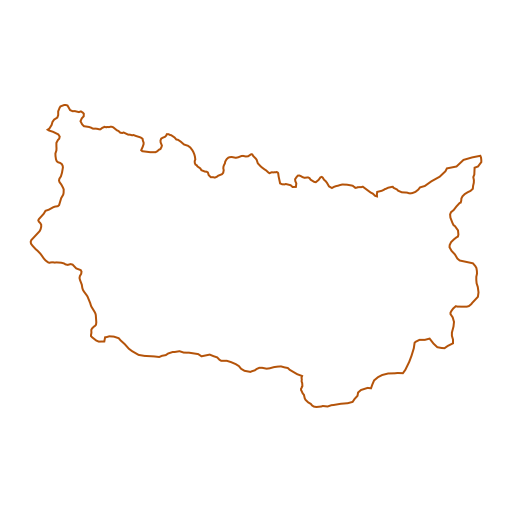 outline of Kurtoe, Lhuntshi, Bhutan
{"feature_id": "84629894B57016809532633", "entity_name": "Kurtoe", "entity_type": "district", "adm_level": 2, "iso_a3": "BTN", "parent_name": "Bhutan", "parent_adm1": "Lhuntshi", "projection": "robinson", "projection_center": [90.998, 27.926], "detail": "fine", "context": "isolated", "style": "outline", "palette": "amber", "viewbox_px": 512, "rotation_deg": 0, "n_neighbors": 0, "source": "geoboundaries", "source_scale": "gbopen_adm2", "svg_char_len": 5983}
<svg xmlns="http://www.w3.org/2000/svg" viewBox="0 0 512 512"><path d="M91.4,332.9L91.0,335.0L91.0,336.1L92.0,337.2L96.2,340.5L98.7,341.6L104.3,341.5L105.1,337.3L106.6,337.1L109.3,336.3L113.8,336.6L118.7,338.2L120.6,340.4L124.7,344.1L128.8,348.7L132.0,351.1L138.6,354.9L144.5,355.9L153.9,356.4L159.2,357.0L162.0,355.8L165.8,355.1L168.1,353.5L172.7,352.0L174.7,352.0L179.5,351.2L183.8,352.6L189.1,352.7L198.2,354.1L201.5,356.3L209.7,354.6L213.6,356.2L217.2,357.4L219.5,359.8L221.2,360.8L226.8,360.8L231.0,362.1L235.7,364.1L238.9,366.1L241.1,368.8L244.5,370.8L250.4,371.9L251.7,371.3L254.9,370.3L256.6,369.0L259.3,367.8L262.1,367.8L266.6,368.7L269.7,368.3L274.0,367.1L277.8,366.6L281.0,366.4L284.6,367.4L287.8,368.0L289.7,369.8L297.2,374.2L302.1,376.0L301.5,377.8L301.8,379.3L301.6,381.0L301.7,381.7L302.2,383.1L302.4,386.1L301.9,386.7L301.9,387.3L301.0,388.9L301.1,390.2L301.5,390.8L302.7,393.4L303.9,394.8L304.8,398.5L305.6,399.9L308.2,402.4L310.8,403.9L312.1,405.5L313.9,406.6L316.4,407.0L321.3,406.5L322.8,406.0L327.6,406.5L331.4,405.2L333.6,405.0L340.6,403.8L347.8,403.2L352.6,401.9L354.7,398.8L357.5,395.8L358.1,392.5L361.0,390.0L367.6,387.9L371.0,388.3L372.3,384.6L374.1,380.4L378.1,377.1L382.2,375.0L388.1,373.5L394.7,373.3L397.6,373.0L402.9,373.2L405.3,369.9L409.2,361.9L411.5,355.8L413.8,348.3L414.6,342.8L415.6,341.8L419.4,339.9L424.7,339.9L429.6,338.6L433.5,343.6L437.3,347.2L441.6,348.0L444.5,348.2L447.8,345.9L453.0,343.3L453.0,339.6L451.9,335.8L451.9,332.6L453.5,326.5L454.0,321.9L452.7,317.4L450.5,314.1L450.5,312.7L451.5,310.8L453.2,308.5L455.8,306.2L457.4,306.6L466.6,306.7L468.9,306.1L471.3,304.1L472.2,302.9L477.9,296.8L478.5,292.4L477.8,287.0L476.6,283.3L476.3,280.0L476.3,276.8L477.0,273.7L476.9,271.0L476.4,268.0L475.3,266.1L472.9,263.3L459.7,260.5L457.4,258.6L454.9,254.4L451.5,250.8L449.5,247.2L449.7,245.0L451.1,242.1L454.0,239.3L456.4,237.4L457.9,236.6L458.4,234.6L458.0,230.4L455.0,226.2L453.5,225.1L452.4,222.8L450.4,217.6L450.1,214.4L451.0,212.2L453.7,210.0L456.4,206.5L459.6,203.0L460.7,202.6L461.2,200.8L461.4,198.5L462.5,196.3L464.7,194.1L467.6,192.3L470.5,190.9L472.8,188.8L473.1,185.8L473.8,182.8L473.9,180.2L473.3,177.1L474.3,174.6L474.6,167.7L478.0,166.5L481.3,162.1L481.3,160.0L481.0,157.5L480.3,155.8L472.2,157.4L463.5,159.9L456.5,166.5L446.9,168.4L445.4,171.3L439.7,176.7L431.4,181.3L424.8,186.0L420.0,187.4L418.3,189.6L415.4,191.9L413.6,192.6L412.2,193.1L410.1,193.4L408.8,193.2L407.0,192.6L401.8,192.3L398.1,190.7L397.0,189.5L393.5,187.8L392.8,186.8L392.3,186.8L388.2,187.7L385.7,188.9L384.6,189.2L383.9,189.8L381.7,190.8L377.2,191.9L376.9,194.2L377.0,196.4L375.2,195.9L372.8,193.6L370.6,192.5L362.8,186.7L361.5,187.1L357.7,187.2L357.0,187.6L355.3,187.9L354.5,187.0L353.8,186.7L352.8,185.8L351.6,185.5L347.0,184.7L342.3,184.5L339.8,185.1L338.1,185.7L336.1,186.1L334.1,186.8L331.9,188.0L329.0,186.4L327.0,182.9L325.7,181.2L324.0,179.7L322.7,177.6L321.7,176.9L320.4,177.4L318.6,179.9L315.8,182.2L314.2,181.9L310.6,179.7L309.5,178.1L308.0,177.4L304.5,177.8L302.5,177.1L300.8,176.1L299.3,175.5L297.9,175.6L296.6,177.0L295.1,179.2L295.3,181.1L296.3,183.4L295.9,186.9L292.6,187.0L290.6,185.2L285.8,184.0L284.6,184.4L282.2,184.3L280.1,183.4L278.6,176.4L278.2,173.4L277.9,172.7L276.7,172.0L275.9,172.3L274.9,172.2L273.6,172.4L271.6,172.3L269.5,173.2L268.5,172.6L266.0,170.3L264.4,169.3L261.6,167.2L260.4,166.1L257.8,163.3L256.6,159.7L255.7,158.5L253.2,156.0L252.4,154.6L251.8,154.2L250.9,154.4L248.1,156.3L245.8,156.5L243.1,155.9L241.5,156.0L238.2,157.3L235.8,157.8L231.7,157.0L229.7,157.2L228.4,157.6L226.8,159.0L226.0,160.2L225.2,161.7L224.9,163.4L224.0,165.1L223.5,166.5L223.3,168.2L223.7,170.2L223.2,172.8L222.0,174.2L218.2,175.7L216.8,176.8L214.8,177.6L213.2,177.2L210.8,177.2L208.7,175.1L207.9,172.5L206.6,171.7L205.0,171.6L201.4,170.2L200.3,168.4L197.3,166.3L196.9,165.4L195.5,164.6L194.8,163.0L194.7,161.1L195.3,159.4L194.9,156.5L194.3,154.3L193.3,151.9L192.4,150.3L190.3,147.5L188.0,145.8L184.0,144.5L180.8,141.7L178.0,139.8L176.3,139.5L174.6,137.5L171.2,135.2L170.1,135.0L168.5,134.2L166.8,134.2L166.2,135.6L165.0,136.8L162.8,137.7L161.2,138.6L160.5,140.5L160.6,142.3L161.9,145.6L161.4,147.2L160.4,149.1L159.1,149.6L157.2,151.3L155.5,152.2L150.2,152.2L142.3,151.2L141.2,150.2L142.7,146.8L143.6,144.1L143.6,142.6L142.9,140.7L142.6,138.9L141.4,137.9L139.9,137.2L136.0,136.0L133.4,135.0L132.2,135.3L130.0,134.7L128.3,134.7L123.6,132.5L122.3,133.0L120.3,132.7L118.5,131.0L116.9,130.3L113.2,127.3L111.8,126.8L110.7,126.7L109.0,127.1L106.9,127.0L106.3,127.3L104.3,126.8L103.8,127.3L102.5,127.7L100.4,129.3L99.3,129.3L97.1,128.8L95.3,128.6L93.8,128.7L92.5,128.5L91.4,127.8L89.1,127.0L83.9,126.2L82.1,124.3L80.5,121.2L81.8,118.3L83.7,116.3L83.8,113.7L82.8,112.6L80.9,111.4L78.9,112.1L74.8,111.1L72.6,111.2L70.1,110.1L67.5,105.5L65.8,105.0L64.2,105.0L60.5,106.4L59.7,107.6L58.2,111.3L58.2,115.1L57.3,117.6L54.1,119.6L52.5,121.9L51.6,125.0L49.4,128.5L47.7,129.7L49.0,130.5L53.0,131.8L58.3,134.4L59.7,136.6L59.2,138.7L58.0,139.9L57.1,141.5L56.4,142.9L56.4,146.3L56.5,148.3L56.4,150.4L55.4,153.5L55.5,156.1L56.0,159.4L56.8,161.3L58.1,162.3L60.1,162.9L61.8,164.1L62.7,165.9L62.9,167.5L62.0,172.7L60.9,176.4L59.4,178.7L59.0,180.5L59.5,182.1L61.3,184.5L63.0,187.7L63.7,189.4L63.6,192.9L63.2,194.7L61.2,198.1L59.1,205.1L57.8,206.2L55.0,206.6L53.3,207.2L48.8,209.7L45.5,210.8L43.7,213.8L38.9,219.1L38.3,220.3L38.8,221.6L40.2,223.0L41.2,224.7L41.2,226.8L40.6,229.2L39.6,231.2L31.3,240.1L30.7,241.8L31.0,243.7L32.5,245.7L35.7,249.2L37.6,250.8L40.3,253.6L41.5,255.2L43.8,258.5L45.5,260.4L48.0,262.3L49.3,262.8L51.0,262.4L53.0,262.3L54.6,262.6L56.5,262.4L61.1,262.7L63.9,263.4L65.5,264.4L67.7,264.9L70.6,264.1L72.6,264.6L76.2,268.4L80.7,270.1L81.5,271.6L81.2,273.8L79.9,276.0L79.5,278.0L80.0,280.0L81.8,284.7L82.3,287.9L82.9,289.8L83.9,291.5L86.5,295.0L87.5,296.5L90.2,303.1L90.7,304.8L91.3,306.5L94.6,311.9L95.4,313.5L95.8,315.1L96.3,322.3L96.0,324.7L95.1,325.8L93.8,326.7L92.0,328.5L91.3,329.9L91.4,332.9Z" fill="none" stroke="#b45309" stroke-width="2"/></svg>